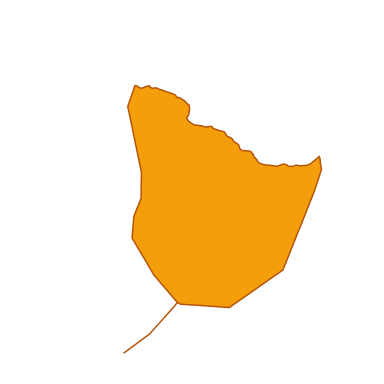 Shendi, River Nile, Sudan (Equal Earth projection), rotated 65°
{"feature_id": "16777658B52401836398535", "entity_name": "Shendi", "entity_type": "district", "adm_level": 2, "iso_a3": "SDN", "parent_name": "Sudan", "parent_adm1": "River Nile", "projection": "equal_earth", "projection_center": [33.672, 16.371], "detail": "fine", "context": "isolated", "style": "filled", "palette": "amber", "viewbox_px": 384, "rotation_deg": 65, "n_neighbors": 0, "source": "geoboundaries", "source_scale": "gbopen_adm2", "svg_char_len": 2863}
<svg xmlns="http://www.w3.org/2000/svg" viewBox="0 0 384 384"><g transform="rotate(65 192 192)"><path d="M213.5,61.9L214.3,63.9L216.2,71.7L216.6,73.9L216.4,75.7L216.1,77.8L215.6,78.6L215.4,79.2L213.7,83.5L211.9,85.9L211.5,86.6L211.5,89.7L211.1,90.5L209.4,93.8L207.1,94.8L205.3,97.1L204.8,101.8L204.6,104.2L200.8,109.9L200.4,110.5L199.7,112.2L197.7,115.0L197.1,115.8L195.8,117.4L195.1,117.9L194.4,118.6L193.6,119.1L191.4,119.7L189.9,119.7L187.9,120.3L185.5,121.2L183.7,120.4L183.0,121.0L181.6,121.2L181.0,121.3L180.1,121.7L178.8,123.2L176.1,128.2L175.4,129.0L174.9,129.3L173.9,130.2L173.2,130.2L171.9,130.1L168.7,129.9L167.2,130.7L165.7,131.7L164.8,132.1L163.6,132.8L163.2,133.0L161.9,133.0L160.6,133.2L157.0,135.8L156.0,136.7L153.8,136.9L151.1,137.3L149.1,139.7L147.3,141.9L143.6,145.8L141.5,146.2L140.7,147.0L140.0,147.9L139.4,151.6L138.6,152.5L136.2,155.3L134.0,158.5L132.4,161.4L129.4,163.5L127.5,164.6L126.3,165.2L125.2,165.3L123.1,165.6L122.6,165.5L121.8,164.2L120.6,162.4L116.9,159.8L115.0,158.7L113.0,158.3L111.5,158.0L109.7,159.3L108.5,159.5L107.5,159.7L106.1,160.3L104.3,161.5L103.3,162.2L102.1,162.7L101.5,163.2L99.8,165.6L96.6,166.3L92.8,170.1L90.6,172.6L88.3,174.7L86.4,176.7L85.6,177.8L82.8,180.0L81.7,182.4L81.3,184.3L79.6,185.4L77.7,185.8L77.0,188.7L76.8,193.5L75.4,195.5L72.4,197.1L71.5,198.8L71.8,199.1L72.0,199.3L72.8,200.0L73.0,200.2L73.0,200.3L73.7,200.9L73.8,201.0L74.5,201.7L74.9,202.0L76.5,203.6L77.4,204.5L83.4,210.3L84.9,211.7L85.0,211.8L85.3,212.1L87.4,214.1L90.3,214.8L100.8,217.2L117.2,221.1L123.9,222.7L146.4,228.0L150.6,229.0L152.0,229.3L153.5,229.7L153.9,230.0L154.2,230.2L154.3,230.3L154.8,230.5L155.1,230.7L157.5,231.8L159.4,232.7L161.8,233.9L165.1,235.5L176.0,240.7L179.1,243.9L186.5,251.8L189.5,255.0L197.1,259.3L208.3,265.8L233.3,263.3L237.3,262.9L238.7,262.8L251.1,261.6L252.5,261.2L253.7,260.9L255.4,260.4L258.0,259.7L265.9,257.5L281.4,253.2L285.9,252.0L288.4,256.9L288.7,257.7L288.9,258.2L292.4,266.3L299.0,281.7L302.8,290.7L309.2,322.2L305.2,302.5L302.8,290.7L299.0,281.7L292.4,266.3L292.0,265.2L290.3,261.3L288.9,258.2L288.7,257.7L288.4,256.9L285.9,252.0L286.3,251.7L288.9,249.7L290.4,247.0L294.3,239.9L295.0,238.5L299.5,230.4L300.7,228.2L301.9,226.0L302.8,224.4L303.9,222.4L304.0,222.3L304.0,222.2L304.5,221.2L305.4,219.7L305.6,219.4L306.0,218.6L306.3,218.1L306.6,217.5L307.5,216.0L308.2,214.7L308.8,213.7L309.0,213.3L309.2,213.0L309.3,212.8L309.6,212.2L309.9,211.6L310.0,211.5L310.2,211.2L310.3,211.0L310.4,210.9L310.5,210.6L310.6,210.4L310.7,210.2L310.9,210.0L310.9,209.8L311.2,209.3L311.3,209.2L311.5,208.9L311.5,208.7L311.8,208.4L311.9,208.2L312.0,208.0L312.0,207.9L312.3,207.5L312.3,207.3L312.4,207.2L312.5,207.1L312.5,206.9L312.1,204.9L308.7,185.6L301.1,142.5L296.6,137.7L270.9,110.5L267.1,106.3L243.0,80.8L226.3,65.1L220.8,63.7L215.6,61.8L213.5,61.9Z" fill="#f59e0b" stroke="#b45309" stroke-width="1.5"/></g></svg>